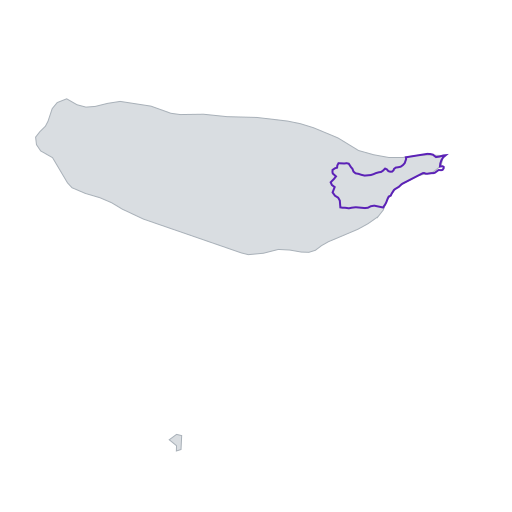 Pingtung highlighted on a map of Taiwan, rotated 262°
{"feature_id": "TWN-1158", "entity_name": "Pingtung", "entity_type": "County", "adm_level": 1, "iso_a3": "TWN", "parent_name": "Taiwan", "parent_adm1": "", "projection": "natural_earth1", "projection_center": [120.7, 22.396], "detail": "fine", "context": "in_parent", "style": "outline", "palette": "violet", "viewbox_px": 512, "rotation_deg": 262, "n_neighbors": 0, "source": "natural_earth", "source_scale": "10m", "svg_char_len": 2224}
<svg xmlns="http://www.w3.org/2000/svg" viewBox="0 0 512 512"><g transform="rotate(262 256 256)"><path d="M346.2,372.2L340.0,386.3L335.1,401.1L333.1,415.1L333.2,429.6L331.8,442.6L329.3,455.5L319.5,451.8L314.3,442.5L313.0,427.4L306.0,409.1L303.3,403.8L293.1,393.6L283.9,388.5L276.7,381.0L277.6,381.6L272.4,371.4L268.3,360.6L260.1,329.8L257.2,322.4L253.4,315.6L252.3,308.9L253.6,301.4L257.2,290.3L259.4,279.0L257.7,263.7L258.4,248.6L261.1,241.9L308.2,149.7L321.0,130.1L328.8,120.5L335.4,109.6L341.6,95.9L349.2,83.3L354.7,79.5L381.7,68.2L390.0,57.4L396.8,54.1L404.4,54.3L409.3,59.4L413.8,65.5L418.4,68.8L430.3,74.7L435.6,80.5L438.0,90.4L430.7,99.8L427.1,108.3L426.5,117.6L427.8,130.3L428.0,143.0L419.0,172.9L409.2,191.5L406.6,200.7L403.7,223.7L398.0,246.8L393.1,276.0L385.2,306.1L380.7,318.7L375.0,330.8L361.5,353.6L346.2,372.2ZM86.1,144.5L90.4,152.5L88.5,157.4L74.8,154.8L74.0,150.0L79.2,150.9L86.1,144.5Z" fill="#d9dde1" stroke="#a8b0b8" stroke-width="1"/><path d="M332.9,418.1L333.3,439.8L332.7,442.9L331.7,445.4L330.4,446.5L328.9,448.0L328.9,451.6L329.5,455.4L329.4,457.9L327.6,455.0L325.0,452.9L322.0,451.4L319.0,450.6L318.9,453.3L318.0,454.3L316.7,454.0L315.3,452.7L315.2,451.7L315.7,448.7L313.6,444.8L313.4,443.8L313.4,443.0L313.6,441.6L313.6,437.0L313.8,435.7L314.7,434.2L314.9,433.0L307.3,411.2L306.7,410.0L304.6,407.1L302.9,403.0L302.2,401.8L299.0,399.1L297.8,398.3L297.4,398.1L297.0,397.8L296.6,396.2L296.4,395.7L294.7,394.5L290.9,392.4L289.1,391.1L287.3,389.4L286.4,388.8L286.3,388.7L289.4,380.1L289.3,376.6L288.2,373.5L288.3,370.5L290.4,361.6L290.5,357.6L290.3,354.6L291.3,351.3L291.8,348.3L292.4,346.3L299.2,346.7L302.3,345.5L304.7,342.6L308.3,340.7L313.3,343.5L315.8,341.0L318.6,340.2L321.5,344.0L323.7,346.3L327.0,343.5L328.6,343.4L330.6,343.8L331.9,346.5L332.2,348.6L334.3,349.1L336.4,350.6L335.3,356.4L335.3,358.6L334.5,360.7L330.8,362.4L329.0,363.6L326.0,364.3L324.0,366.1L323.1,368.9L321.7,371.7L320.5,374.8L320.2,381.0L320.7,383.8L321.4,386.3L321.8,389.3L321.8,391.5L322.8,393.6L324.6,396.0L323.6,397.6L321.6,398.9L320.8,400.6L320.6,402.5L321.7,404.1L323.0,404.8L324.1,406.7L324.1,409.1L324.3,411.7L325.6,414.2L327.3,416.2L331.2,418.2L332.9,418.1Z" fill="none" stroke="#5b21b6" stroke-width="2"/></g></svg>